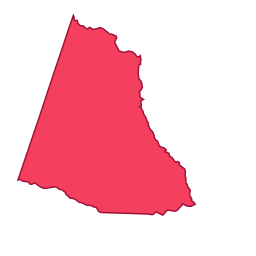 Divinópolis de Goiás, Goiás, Brazil (Albers equal-area conic projection), rotated 109°
{"feature_id": "56859067B20210197400303", "entity_name": "Divinópolis de Goiás", "entity_type": "district", "adm_level": 2, "iso_a3": "BRA", "parent_name": "Brazil", "parent_adm1": "Goiás", "projection": "albers", "projection_center": [-46.533, -13.221], "detail": "fine", "context": "isolated", "style": "filled", "palette": "rose", "viewbox_px": 256, "rotation_deg": 109, "n_neighbors": 0, "source": "geoboundaries", "source_scale": "gbopen_adm2", "svg_char_len": 2225}
<svg xmlns="http://www.w3.org/2000/svg" viewBox="0 0 256 256"><g transform="rotate(109 128 128)"><path d="M39.3,216.3L50.3,216.4L80.7,216.1L95.7,216.0L118.5,215.8L122.9,215.7L151.4,215.4L161.3,215.4L213.0,215.1L211.8,213.7L212.5,210.2L212.2,208.3L211.6,205.9L211.8,203.9L212.9,202.5L212.6,200.8L210.4,198.4L210.8,196.3L211.7,193.8L212.3,190.9L212.5,188.1L211.6,185.9L210.4,183.5L208.9,180.9L208.3,179.1L207.2,178.1L207.5,175.1L208.4,172.9L207.8,170.8L208.6,168.4L209.1,166.5L210.8,165.2L211.5,163.4L212.4,161.7L213.1,159.9L212.7,157.8L212.5,154.8L213.5,152.0L214.2,149.9L213.7,147.6L214.0,145.3L214.2,143.3L214.5,141.4L213.8,140.0L213.3,137.0L213.8,135.4L213.4,132.1L215.0,130.2L216.4,128.7L216.7,126.0L202.7,80.7L202.4,78.3L201.6,76.1L199.0,74.8L198.0,73.3L198.5,71.3L199.1,66.9L197.7,66.0L194.6,65.0L192.8,64.0L191.9,59.6L191.6,57.3L190.3,55.0L184.2,52.2L182.1,52.0L182.5,46.0L181.4,42.8L178.1,39.6L176.7,41.9L176.2,44.0L174.1,44.8L173.0,46.1L171.5,47.9L169.3,48.5L166.6,48.8L165.0,51.2L163.6,52.8L161.9,53.8L161.1,55.4L159.5,55.9L156.6,57.0L154.8,58.2L153.0,59.0L151.5,59.3L149.9,59.9L148.3,61.1L147.7,62.9L146.6,66.3L145.5,67.9L144.0,68.0L143.6,70.4L145.0,72.0L142.9,74.9L141.6,76.8L140.8,79.9L138.7,80.8L138.3,83.4L138.5,85.6L136.3,84.6L135.1,87.3L135.2,91.0L134.4,92.9L130.8,95.7L130.2,98.0L128.6,99.9L126.9,100.6L125.7,101.6L123.5,103.5L122.5,105.7L120.7,108.0L118.4,109.7L116.3,110.7L115.1,112.6L113.3,113.6L111.9,115.0L109.8,117.7L107.0,119.5L106.1,121.2L104.2,122.2L104.1,123.8L102.5,122.6L100.2,123.8L97.9,124.8L96.0,122.7L95.5,124.5L95.1,126.3L93.8,127.2L91.7,127.9L90.0,129.2L88.5,128.2L84.9,127.6L83.0,128.8L81.4,129.3L79.5,131.0L78.5,132.5L77.8,133.9L76.0,134.6L74.2,135.7L71.4,136.6L67.7,137.6L64.8,138.1L63.6,136.8L61.7,137.6L59.0,138.1L55.6,140.1L57.3,140.7L57.5,143.0L55.6,145.6L54.6,148.4L55.0,152.6L56.7,154.5L58.0,157.0L58.1,161.6L56.5,163.0L54.4,165.4L52.6,167.2L51.5,168.6L48.3,168.3L46.7,168.0L45.0,168.9L44.6,173.9L45.3,175.7L44.1,178.5L43.2,181.2L42.3,183.6L42.2,187.5L44.2,189.6L46.3,193.4L45.5,195.8L45.5,197.3L47.8,198.7L47.0,201.8L46.0,203.2L46.6,205.4L46.5,207.4L45.1,209.6L42.9,210.9L43.4,212.6L43.3,214.3L41.0,214.8L39.3,216.3Z" fill="#f43f5e" stroke="#9f1239" stroke-width="1.5"/></g></svg>